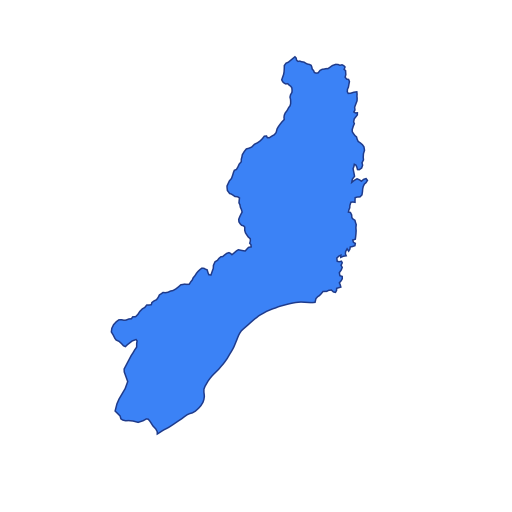 the district of Barra do Ouro, Tocantins, Brazil, rotated 210°
{"feature_id": "56859067B69652988679463", "entity_name": "Barra do Ouro", "entity_type": "district", "adm_level": 2, "iso_a3": "BRA", "parent_name": "Brazil", "parent_adm1": "Tocantins", "projection": "equal_earth", "projection_center": [-47.578, -7.712], "detail": "fine", "context": "isolated", "style": "filled", "palette": "blue", "viewbox_px": 512, "rotation_deg": 210, "n_neighbors": 0, "source": "geoboundaries", "source_scale": "gbopen_adm2", "svg_char_len": 5627}
<svg xmlns="http://www.w3.org/2000/svg" viewBox="0 0 512 512"><g transform="rotate(210 256 256)"><path d="M340.5,133.6L342.8,132.2L344.1,129.3L345.0,125.3L344.7,121.3L343.3,117.9L340.2,116.2L337.0,114.1L335.1,113.3L331.9,113.6L328.7,112.9L325.9,112.0L323.8,112.2L323.0,115.0L320.7,120.6L318.1,123.7L316.5,123.0L315.7,120.8L313.8,117.4L314.1,113.9L314.1,110.6L314.3,107.4L313.7,92.2L312.1,89.7L304.3,83.1L303.0,75.7L303.1,63.7L302.5,58.4L300.5,51.3L293.7,49.5L291.6,47.4L289.4,47.3L286.6,48.1L284.0,49.8L280.0,51.6L274.9,53.0L271.4,56.9L269.5,60.1L267.7,60.8L265.1,59.8L260.3,57.3L256.3,56.1L253.7,54.5L252.5,52.5L251.1,55.1L250.0,57.3L248.8,59.5L247.4,61.6L246.0,63.8L244.5,66.7L243.3,69.1L242.1,71.6L240.4,75.1L239.0,77.8L237.6,81.2L236.2,84.2L234.6,86.4L232.7,88.3L231.0,91.2L230.1,93.9L229.5,95.9L228.9,99.0L228.8,102.8L229.4,105.7L230.5,108.5L231.8,110.4L233.1,112.1L234.5,114.6L235.0,117.6L235.0,120.6L235.0,123.8L234.7,126.8L234.2,129.8L233.6,132.4L233.0,134.5L232.4,136.7L231.7,139.2L231.1,142.8L230.4,146.2L230.0,149.6L229.7,152.8L229.7,155.6L229.7,157.9L229.6,160.9L229.6,163.7L229.7,166.1L230.0,168.5L230.3,170.7L230.7,173.7L231.1,176.3L231.4,178.7L231.5,180.9L231.3,183.8L230.5,186.5L229.5,189.4L228.3,192.9L227.3,196.0L226.4,198.7L225.6,201.0L224.6,203.1L223.8,205.4L222.7,207.4L221.3,209.7L220.3,211.4L219.2,213.3L217.7,215.3L216.4,217.0L214.8,219.0L213.1,220.8L211.7,222.7L210.3,224.3L208.7,225.9L206.8,227.8L204.5,230.1L202.6,231.9L200.6,233.7L198.6,235.4L196.4,237.0L194.1,238.6L192.1,239.6L190.5,240.4L188.3,241.5L185.7,242.8L183.6,244.0L181.7,245.4L182.8,249.1L182.2,251.7L181.3,253.4L180.7,255.8L180.2,258.8L177.1,260.7L175.9,262.6L173.7,264.2L171.0,263.6L169.0,264.2L169.0,266.4L170.0,268.3L168.5,269.9L167.0,271.5L168.7,273.2L170.4,274.4L169.9,277.1L169.9,279.4L171.1,281.4L173.5,280.9L175.5,283.2L175.2,286.5L175.6,289.2L177.7,290.5L177.9,293.2L179.4,294.2L181.1,292.6L183.0,292.0L185.0,294.6L184.2,297.3L182.9,299.2L181.9,297.2L180.3,299.4L178.0,301.3L179.6,302.5L180.6,304.6L180.7,307.8L178.2,306.5L178.1,308.7L178.9,311.0L177.4,312.2L175.5,314.4L176.3,316.6L178.4,316.5L180.2,318.2L178.4,320.2L179.3,322.4L180.5,325.1L181.9,327.9L183.7,330.6L184.9,333.3L186.5,334.7L188.2,336.4L190.5,336.5L192.2,337.2L193.7,339.4L196.0,340.9L197.9,340.2L198.6,342.3L198.9,344.6L200.0,346.7L200.7,350.0L199.1,351.2L197.1,352.0L198.2,353.9L199.3,356.1L197.8,357.7L195.5,359.2L194.8,361.9L195.9,364.8L197.1,367.3L197.9,369.8L198.1,372.5L197.4,374.5L197.3,377.2L199.4,378.1L201.1,376.2L202.1,373.5L204.4,373.7L207.1,373.4L208.7,370.7L209.9,367.6L211.0,370.8L210.5,374.3L212.2,376.3L213.8,378.1L215.6,380.2L216.0,382.6L216.7,384.6L215.0,384.7L213.1,383.4L211.3,381.6L209.7,382.4L208.5,385.0L209.1,388.0L210.8,389.7L211.0,393.0L212.5,395.1L214.1,398.3L214.9,401.8L217.1,404.5L219.5,405.6L222.2,406.1L224.8,406.3L226.8,407.7L228.5,409.4L230.4,409.7L232.5,410.6L234.7,411.7L235.9,413.6L236.7,417.2L237.0,419.8L238.5,420.9L239.5,423.9L239.1,426.6L238.8,428.9L239.8,430.7L241.4,429.6L243.3,429.7L243.3,431.9L245.0,434.2L245.6,437.8L246.1,440.9L247.3,443.2L248.5,444.9L249.4,446.7L250.8,448.6L253.2,446.7L255.4,444.3L257.4,442.9L259.1,443.9L260.2,446.2L260.4,448.4L261.3,450.9L262.3,453.8L264.1,455.2L265.9,454.5L268.2,455.4L268.9,458.0L270.0,459.6L271.1,461.3L273.0,461.7L273.4,464.2L275.1,464.7L277.1,464.6L278.7,463.1L280.6,462.9L282.8,461.8L285.1,459.1L286.5,456.0L287.4,454.2L289.0,453.3L290.6,451.8L292.0,450.8L293.3,448.8L293.8,445.6L295.4,444.4L297.2,444.1L298.9,445.4L300.8,446.0L302.1,447.5L303.6,448.7L305.5,448.6L307.2,448.0L309.1,447.8L311.4,447.9L313.7,447.0L315.5,446.7L317.0,445.5L318.8,445.9L320.2,447.5L321.9,448.0L324.9,440.0L326.4,438.0L326.7,435.1L325.1,432.2L323.8,429.6L322.9,427.1L322.3,423.9L321.8,421.4L319.9,420.2L318.0,419.8L316.3,419.9L314.7,421.1L312.9,420.6L310.9,420.4L309.1,419.6L307.7,417.7L306.7,415.7L306.7,412.9L306.0,410.6L304.5,409.0L303.4,407.4L302.2,405.3L301.6,403.1L301.9,401.0L301.8,397.6L302.2,394.5L301.9,392.1L301.1,390.1L299.8,388.3L300.6,385.1L301.0,382.2L301.3,379.4L301.3,376.7L300.3,372.9L300.8,370.1L302.1,368.0L303.5,365.2L305.3,364.1L306.9,365.2L308.7,363.9L309.2,360.5L310.0,357.6L311.3,354.8L313.2,352.0L314.2,348.2L316.0,345.8L317.9,343.9L318.4,340.7L318.5,336.9L317.7,334.7L317.1,332.4L315.9,330.3L316.5,327.1L316.2,324.2L316.2,321.2L317.6,319.4L317.3,317.2L316.6,314.2L316.0,310.9L316.6,307.7L316.3,304.3L316.1,302.1L315.0,300.4L313.5,298.4L311.6,297.6L310.1,296.9L308.4,297.3L306.1,297.2L304.0,297.0L301.6,298.1L299.3,298.0L298.3,295.6L297.3,293.5L295.6,292.4L293.8,290.3L291.9,289.0L290.0,287.1L289.9,284.4L289.7,281.8L289.3,279.1L287.8,277.0L285.6,275.9L283.8,275.4L281.9,275.9L280.2,275.4L278.6,272.6L276.7,270.8L274.8,269.8L272.3,268.6L269.6,268.1L268.4,266.2L267.8,263.9L266.1,263.3L264.7,261.5L266.8,259.7L267.4,257.2L267.9,254.9L269.7,254.2L271.9,253.4L274.4,252.6L275.5,250.6L276.5,247.7L277.5,245.1L279.3,245.5L281.1,245.4L282.7,243.6L283.8,241.0L284.5,238.9L286.0,237.8L286.9,235.4L287.2,233.0L288.6,230.5L288.2,226.6L286.8,223.9L286.3,221.1L285.5,217.0L287.5,216.2L289.3,217.6L291.4,219.6L293.1,219.3L294.9,219.3L296.8,218.4L297.7,216.3L298.5,213.7L298.9,211.4L299.0,208.6L299.5,205.7L299.2,203.3L299.6,201.1L299.7,198.1L301.8,196.8L303.8,195.9L305.2,194.7L306.7,193.5L307.7,190.5L309.0,187.3L310.6,184.6L312.6,182.8L314.0,180.7L316.1,178.9L318.3,177.9L319.1,176.1L320.2,174.0L320.0,171.3L320.3,168.4L321.9,166.0L322.9,163.6L322.3,161.5L323.9,160.2L326.1,158.9L326.6,155.8L328.0,153.4L328.9,149.9L329.1,146.4L329.9,143.3L332.4,141.6L332.5,139.4L334.6,137.9L336.6,135.4L338.3,134.3L340.5,133.6Z" fill="#3b82f6" stroke="#1e3a8a" stroke-width="1.5"/></g></svg>